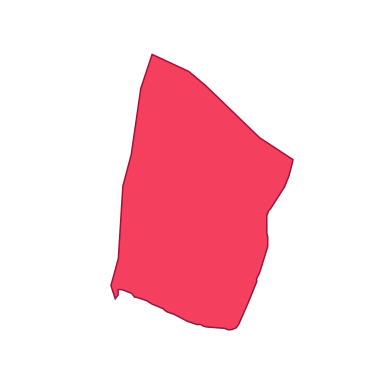 Dorra, Tadjourah, Djibouti, rotated 162°
{"feature_id": "41766387B22586556456338", "entity_name": "Dorra", "entity_type": "district", "adm_level": 2, "iso_a3": "DJI", "parent_name": "Djibouti", "parent_adm1": "Tadjourah", "projection": "orthographic", "projection_center": [42.487, 12.202], "detail": "fine", "context": "isolated", "style": "filled", "palette": "rose", "viewbox_px": 384, "rotation_deg": 162, "n_neighbors": 0, "source": "geoboundaries", "source_scale": "gbopen_adm2", "svg_char_len": 781}
<svg xmlns="http://www.w3.org/2000/svg" viewBox="0 0 384 384"><g transform="rotate(162 192 192)"><path d="M298.0,114.2L294.1,116.9L292.4,122.0L288.8,120.8L280.8,114.3L279.0,109.7L276.6,108.5L273.3,106.1L268.7,102.6L264.5,97.6L255.1,89.6L254.8,88.4L252.3,85.3L246.8,81.2L236.4,70.5L233.1,68.0L227.9,64.2L224.8,63.4L222.6,60.9L220.2,59.3L203.3,52.3L200.1,49.7L196.3,48.8L191.8,49.2L188.0,52.2L185.2,55.4L172.2,70.0L158.1,86.8L157.5,89.4L152.7,94.3L149.9,98.2L136.9,116.6L133.9,125.6L133.6,129.6L128.2,146.4L126.8,148.1L124.7,150.7L122.5,151.8L102.4,168.3L94.8,177.4L88.2,187.7L87.4,188.9L86.0,191.6L110.8,222.5L146.2,289.0L157.7,307.5L187.4,335.2L208.7,306.3L238.3,246.2L255.9,219.0L282.6,151.5L298.0,128.1L298.0,114.2Z" fill="#f43f5e" stroke="#9f1239" stroke-width="1.5"/></g></svg>